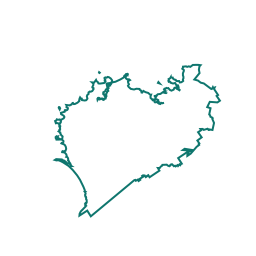 Sorell, Tasmania, Australia, rotated 136°
{"feature_id": "25037944B32706868282963", "entity_name": "Sorell", "entity_type": "district", "adm_level": 2, "iso_a3": "AUS", "parent_name": "Australia", "parent_adm1": "Tasmania", "projection": "equal_earth", "projection_center": [147.667, -42.792], "detail": "fine", "context": "isolated", "style": "outline", "palette": "teal", "viewbox_px": 256, "rotation_deg": 136, "n_neighbors": 0, "source": "geoboundaries", "source_scale": "gbopen_adm2", "svg_char_len": 5871}
<svg xmlns="http://www.w3.org/2000/svg" viewBox="0 0 256 256"><g transform="rotate(136 128 128)"><path d="M38.4,117.8L36.5,120.7L33.8,122.7L32.2,122.8L33.7,124.7L37.5,128.3L40.7,128.7L41.4,130.1L43.0,130.9L43.4,132.0L45.8,133.9L46.2,133.4L47.8,132.9L47.5,131.1L48.1,130.3L50.5,129.2L52.1,127.5L52.3,126.7L53.5,125.3L54.8,124.8L55.6,123.5L56.0,123.5L57.9,123.9L59.1,124.8L58.6,126.3L60.3,127.8L60.5,128.7L60.2,129.5L61.0,130.6L61.3,132.4L60.8,133.2L62.1,134.5L61.8,134.9L63.1,134.5L64.8,135.0L65.2,134.2L66.2,133.9L66.6,132.9L65.7,132.3L65.6,131.3L65.9,130.9L64.7,128.7L62.9,127.7L63.4,125.2L62.4,123.9L63.1,122.5L63.8,123.2L63.8,122.6L64.8,123.0L64.6,121.4L64.3,121.0L63.8,121.2L64.4,120.7L64.4,119.5L64.8,119.4L65.5,122.2L65.9,121.8L65.5,123.1L66.1,124.3L66.7,124.6L68.6,123.9L70.8,124.7L71.4,126.3L71.3,128.8L72.3,129.4L72.6,130.2L73.8,130.3L74.4,130.9L75.2,130.8L75.3,129.4L75.8,128.8L75.6,128.5L76.8,128.7L77.3,128.3L76.3,126.5L76.4,126.4L76.8,126.3L76.3,126.5L77.6,128.4L77.4,129.1L76.6,128.9L76.6,129.3L81.0,130.0L83.2,131.6L85.1,131.6L87.3,132.9L85.6,131.1L87.4,130.6L88.1,129.4L87.8,129.6L88.2,129.0L87.4,128.6L86.9,127.2L87.7,126.7L87.5,125.7L88.5,124.3L88.1,123.1L86.7,123.2L86.0,122.0L84.6,121.1L86.1,121.9L87.0,123.0L88.1,122.8L88.8,123.9L89.3,126.8L90.7,127.6L90.7,128.7L89.5,130.3L91.8,131.3L89.9,130.8L90.8,132.2L90.9,133.9L90.0,135.0L88.3,135.9L88.9,136.3L89.1,139.2L90.5,141.6L91.2,144.0L93.2,143.6L93.6,144.1L92.6,145.9L93.0,147.3L92.6,148.1L94.7,150.4L96.9,151.5L98.8,154.2L99.0,157.1L98.7,158.4L96.9,158.8L96.5,160.4L95.5,161.7L93.3,161.1L93.4,162.2L94.9,163.9L95.0,165.1L94.4,166.3L93.2,166.7L92.8,168.0L94.5,168.1L95.9,167.3L99.7,168.2L104.9,170.0L108.0,172.0L109.0,171.6L111.5,173.0L111.5,172.5L110.2,171.8L110.3,171.4L111.0,171.6L111.4,171.0L112.7,171.6L113.7,171.0L114.4,170.1L115.0,170.3L115.9,169.7L116.4,168.4L117.9,168.6L118.4,168.1L119.8,167.8L121.3,166.2L121.5,165.1L121.4,165.8L121.7,165.9L123.7,164.7L124.8,165.3L126.0,165.1L126.5,166.0L126.4,167.2L128.6,168.3L128.4,169.2L128.7,169.7L130.4,169.3L129.8,170.2L128.7,170.5L128.0,170.0L127.7,169.3L127.8,168.3L126.1,167.3L125.7,165.8L123.7,165.5L122.5,165.9L122.3,166.3L122.6,167.2L121.8,168.4L122.3,169.0L122.2,169.8L121.3,170.0L121.0,170.8L118.6,170.3L117.2,171.1L115.8,170.6L114.6,171.6L112.7,174.6L111.8,174.4L109.2,172.5L107.1,172.4L106.3,173.4L106.0,175.6L106.5,177.9L107.2,178.9L108.4,179.0L109.1,180.1L110.0,180.4L110.7,179.7L110.9,178.4L111.8,178.2L111.6,177.5L112.0,176.9L114.0,177.0L117.3,179.4L118.3,180.6L117.8,182.1L118.1,183.6L117.6,184.8L120.8,184.2L122.2,185.8L122.1,184.0L123.1,183.0L125.3,182.2L125.5,181.5L125.1,180.7L125.8,179.9L128.0,179.4L129.6,180.0L130.2,180.8L131.7,181.0L132.7,179.9L134.4,180.0L135.6,179.4L136.8,177.3L138.7,177.0L140.0,177.8L141.7,180.0L140.9,181.2L141.4,181.7L141.2,183.3L142.5,182.8L142.9,182.1L143.8,182.0L144.2,181.2L146.8,181.3L149.6,182.2L150.4,182.9L150.2,184.3L150.5,184.5L152.5,184.1L153.3,184.7L154.2,184.7L156.4,187.4L156.6,186.6L157.8,185.7L157.4,184.1L158.0,183.5L159.1,183.2L160.5,183.7L160.7,184.6L161.1,184.7L162.3,183.7L165.7,185.5L166.5,184.4L165.7,181.5L166.1,180.1L167.5,179.6L170.5,180.4L172.3,178.8L175.4,178.0L175.4,176.4L175.8,176.1L176.5,176.4L176.7,175.5L177.4,174.6L178.3,174.5L178.3,173.9L180.3,173.8L179.8,171.8L180.6,171.1L180.6,170.2L181.0,169.5L180.9,167.4L182.4,166.2L183.4,166.0L184.7,167.3L185.2,169.4L184.9,170.5L184.3,170.7L185.1,171.2L185.2,171.7L186.4,171.7L187.2,170.6L187.1,169.9L187.5,169.3L183.6,165.7L183.4,163.7L184.0,162.9L184.6,162.7L186.0,162.6L186.2,163.3L186.6,163.2L185.4,160.6L185.3,159.4L185.8,157.7L187.0,155.9L188.9,155.0L191.2,156.4L191.5,157.7L191.4,156.7L192.1,156.3L190.6,154.4L190.7,151.9L191.6,150.3L192.4,150.1L191.9,149.4L191.9,148.6L192.6,147.1L193.7,146.3L193.5,145.5L194.1,143.7L194.1,142.7L194.3,142.3L194.5,142.8L194.7,142.6L194.8,141.0L195.2,140.4L195.1,139.9L195.3,140.1L195.1,140.8L194.9,141.0L194.9,142.6L195.4,144.1L196.5,145.0L196.2,145.9L196.3,147.4L196.7,149.2L197.5,150.4L197.4,151.3L201.3,155.5L202.8,155.8L202.0,154.4L200.5,153.2L199.5,151.1L198.6,148.5L197.1,142.0L196.9,136.2L197.5,129.2L198.5,124.1L200.9,116.7L202.2,113.5L203.0,112.5L202.9,112.1L203.4,112.3L203.5,111.2L204.2,110.1L205.1,109.9L205.9,109.0L206.3,108.2L206.0,107.9L206.3,107.2L207.6,105.9L207.7,105.0L209.2,103.3L210.4,102.8L210.7,103.5L211.1,103.4L210.9,103.1L212.2,102.4L212.2,101.4L212.7,101.6L213.0,101.0L219.9,100.8L222.4,99.9L223.8,98.7L214.7,96.9L216.1,90.3L159.7,86.1L158.8,85.6L159.0,84.6L156.9,84.1L157.2,82.5L155.2,82.2L155.0,83.3L151.3,82.5L151.1,83.7L150.1,83.5L150.3,82.4L149.0,82.2L149.3,80.3L148.1,80.1L148.0,80.4L146.2,80.0L146.7,77.6L135.0,75.5L134.3,78.5L133.0,77.2L131.2,77.5L129.7,77.2L128.9,77.6L125.6,74.7L125.5,73.4L124.9,71.9L123.9,72.0L123.7,71.6L122.3,71.9L121.5,71.3L121.5,68.6L120.4,68.2L120.4,67.3L118.2,66.9L118.4,65.9L116.2,66.1L116.2,65.0L114.8,65.3L114.1,65.0L112.8,71.5L100.8,69.3L101.1,70.9L103.8,74.0L101.7,73.7L97.2,67.7L98.7,67.5L99.2,68.2L100.8,68.7L102.5,67.6L103.7,67.7L104.7,66.7L100.7,66.0L91.6,66.8L88.6,66.4L88.4,67.3L87.4,67.3L86.8,70.8L81.5,70.1L80.5,76.3L76.9,75.6L76.6,77.0L74.9,75.4L74.8,74.0L71.3,72.2L71.4,70.6L70.9,70.2L70.5,70.5L68.6,67.9L62.6,71.9L61.1,75.8L60.4,76.1L60.6,76.5L60.2,77.0L60.9,78.9L60.1,80.1L60.2,81.3L54.9,84.9L56.5,88.0L51.0,90.0L45.9,84.3L42.9,83.8L42.0,89.5L40.3,89.2L39.0,96.3L37.6,96.9L38.9,97.5L38.6,98.4L40.3,97.8L41.0,98.2L42.5,107.4L44.2,110.1L44.7,113.5L46.6,116.8L38.4,117.8ZM176.6,181.5L175.7,181.0L174.3,178.7L172.5,178.9L170.7,180.4L171.3,181.0L171.2,181.6L172.6,182.5L173.2,183.7L174.8,183.2L175.6,183.6L176.6,181.5ZM162.8,190.6L163.2,191.0L163.8,190.7L164.3,188.8L163.1,189.3L162.8,190.6ZM74.3,138.0L74.2,139.9L75.1,139.6L74.3,138.0ZM90.7,167.3L91.3,167.7L91.4,166.4L90.7,166.8L90.7,167.3ZM110.4,188.0L110.3,187.4L109.9,187.4L110.0,188.2L110.4,188.0Z" fill="none" stroke="#0f766e" stroke-width="2"/></g></svg>